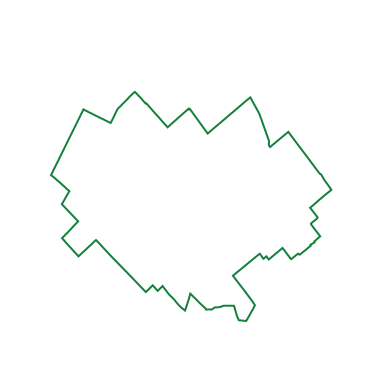 the district of Vlad Tepes, Calarasi, Romania, rotated 295°
{"feature_id": "2599482B30900908751152", "entity_name": "Vlad Tepes", "entity_type": "district", "adm_level": 2, "iso_a3": "ROU", "parent_name": "Romania", "parent_adm1": "Calarasi", "projection": "equal_earth", "projection_center": [27.074, 44.378], "detail": "fine", "context": "isolated", "style": "outline", "palette": "green", "viewbox_px": 384, "rotation_deg": 295, "n_neighbors": 0, "source": "geoboundaries", "source_scale": "gbopen_adm2", "svg_char_len": 3803}
<svg xmlns="http://www.w3.org/2000/svg" viewBox="0 0 384 384"><g transform="rotate(295 192 192)"><path d="M126.7,277.4L128.8,273.3L131.1,268.9L133.4,264.5L139.6,267.4L151.5,273.1L164.4,279.3L164.6,279.4L164.7,279.5L161.7,284.9L165.1,286.6L163.3,290.1L179.5,297.7L178.1,300.5L174.4,307.4L173.1,309.8L173.1,310.0L173.1,310.3L180.8,314.1L181.0,314.3L181.0,314.5L180.7,315.4L180.6,315.7L180.7,316.0L181.0,316.3L183.1,317.3L193.4,322.3L194.1,321.6L198.0,324.3L198.7,323.7L206.0,326.9L208.5,322.2L210.8,317.6L213.1,313.5L213.3,313.3L213.5,313.2L213.9,313.2L215.1,313.8L216.5,314.4L217.6,315.1L218.5,315.5L221.2,316.6L221.6,316.7L221.8,316.7L222.0,316.6L223.7,313.5L225.0,310.9L226.1,308.8L227.6,305.7L232.3,307.9L234.7,309.0L238.6,310.6L241.3,311.9L244.7,313.4L252.7,317.4L252.8,317.4L253.0,317.3L253.9,315.4L254.2,315.1L254.4,315.0L255.3,313.3L259.0,306.5L259.4,306.0L259.9,305.4L260.4,304.8L262.5,301.4L262.7,300.9L262.7,300.7L262.6,300.0L262.6,299.9L272.6,281.3L280.8,265.8L284.5,258.9L287.2,253.9L278.0,249.5L270.1,245.8L265.8,243.8L266.2,243.0L266.5,242.4L267.2,241.7L268.0,241.3L270.4,240.5L270.8,240.2L276.6,234.5L283.3,227.9L286.6,224.7L291.6,219.7L295.5,214.3L297.0,212.3L298.2,210.6L299.5,208.9L301.1,206.7L301.8,205.8L302.4,204.9L301.5,204.4L295.6,201.6L293.7,200.8L290.7,199.4L288.6,198.4L285.0,196.8L281.1,195.0L277.8,193.5L276.1,192.7L272.4,191.0L270.6,190.2L267.5,188.8L265.7,187.9L263.2,186.8L260.6,185.6L259.3,185.0L251.6,181.5L266.4,154.9L265.6,154.5L266.0,153.7L240.3,142.5L240.5,142.1L241.0,141.1L241.6,139.6L242.0,138.6L242.6,137.2L243.2,135.8L244.1,133.9L244.9,132.0L245.6,130.4L246.3,128.8L247.0,126.9L247.8,125.2L248.7,123.1L249.5,121.2L250.4,119.3L251.2,117.3L251.9,115.8L252.3,114.9L252.8,113.6L253.1,112.9L252.6,112.4L252.9,111.9L253.2,111.2L254.6,108.0L255.3,106.6L255.8,105.3L256.3,104.0L256.6,103.0L257.5,101.0L257.9,99.9L258.2,99.0L258.4,98.4L258.6,98.0L258.6,97.9L256.7,97.0L254.7,96.2L252.7,95.4L248.6,94.1L246.7,93.4L245.5,93.0L242.7,91.9L239.9,91.1L238.8,90.6L237.6,90.1L236.7,89.8L235.4,89.5L234.5,89.4L233.5,89.4L232.2,89.4L229.1,89.3L225.7,89.3L222.5,89.2L220.2,89.1L220.2,85.4L220.3,83.2L220.4,81.0L220.4,78.9L220.4,76.4L220.5,73.4L220.6,70.1L220.6,69.2L220.7,66.8L220.7,64.5L220.8,63.4L220.8,62.5L220.8,62.0L220.9,60.1L221.0,59.2L221.0,58.9L221.0,58.7L218.9,58.7L216.2,58.6L214.8,58.6L214.5,58.6L201.2,58.3L188.9,58.0L164.2,57.5L147.7,57.1L146.9,60.7L146.4,62.6L145.8,64.3L144.4,69.5L144.0,70.4L142.3,76.2L141.9,76.9L141.9,77.0L141.0,80.5L136.7,80.1L133.2,79.8L130.3,79.6L128.3,79.4L127.3,79.3L125.9,79.2L124.7,82.4L120.8,92.3L118.2,98.9L117.3,101.2L116.4,100.9L115.2,100.5L112.5,99.6L110.2,98.8L108.2,98.2L105.2,97.2L102.1,96.2L101.0,95.7L97.4,94.5L95.9,93.9L95.3,93.7L92.8,99.3L87.4,112.2L86.3,114.9L85.7,116.3L87.5,117.0L89.7,117.9L92.8,119.2L94.8,120.0L97.0,120.9L99.4,121.8L101.0,122.5L103.3,123.4L105.9,124.4L107.9,125.3L106.1,130.0L105.2,132.1L103.7,135.8L101.6,141.0L99.1,147.2L98.7,148.2L95.9,155.7L91.4,167.6L88.5,175.2L81.8,192.4L84.4,193.5L87.8,194.7L88.7,195.0L90.8,195.8L87.9,202.7L94.4,205.1L94.0,205.7L93.7,206.3L92.6,208.3L91.4,210.8L90.4,212.6L89.5,214.4L88.8,216.2L88.2,218.0L87.6,219.6L87.0,221.2L86.3,222.7L85.4,224.4L84.9,225.6L84.2,227.0L83.6,228.7L82.9,230.5L82.2,233.4L81.6,235.8L83.5,235.6L94.2,234.3L99.1,233.4L98.7,234.7L95.9,242.6L94.5,246.3L93.1,250.4L92.7,251.6L92.6,252.2L92.4,253.2L91.4,254.4L92.0,255.6L92.9,257.3L93.5,259.0L94.8,260.2L96.6,261.1L97.4,262.0L98.4,264.2L99.8,266.3L101.6,267.9L102.8,269.7L103.9,272.2L105.6,275.8L106.6,278.2L104.5,280.0L101.8,282.4L99.1,284.7L95.6,288.6L96.2,290.4L98.0,295.6L100.9,295.9L104.5,296.2L108.7,296.5L110.2,296.6L111.5,296.7L113.3,296.8L115.8,296.9L116.0,296.9L116.3,296.4L117.3,294.7L118.6,292.6L125.8,279.2L126.5,277.8L126.7,277.4Z" fill="none" stroke="#15803d" stroke-width="2"/></g></svg>